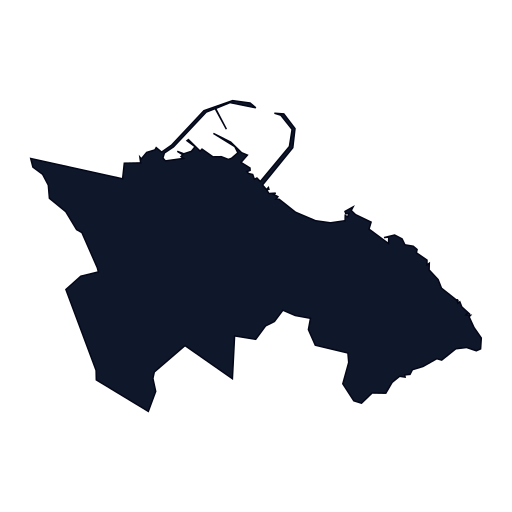 Dún Laoghaire Lea-7, Dún Laoghaire–Rathdown, Ireland (Natural Earth projection)
{"feature_id": "5873133B92378397401252", "entity_name": "Dún Laoghaire Lea-7", "entity_type": "district", "adm_level": 2, "iso_a3": "IRL", "parent_name": "Ireland", "parent_adm1": "Dún Laoghaire–Rathdown", "projection": "natural_earth1", "projection_center": [-6.126, 53.283], "detail": "fine", "context": "isolated", "style": "filled", "palette": "ink", "viewbox_px": 512, "rotation_deg": 0, "n_neighbors": 0, "source": "geoboundaries", "source_scale": "gbopen_adm2", "svg_char_len": 2099}
<svg xmlns="http://www.w3.org/2000/svg" viewBox="0 0 512 512"><path d="M148.3,411.4L155.7,391.4L152.9,378.4L154.3,372.0L185.0,345.6L232.4,378.7L234.6,335.9L255.7,339.3L265.6,325.9L274.4,321.5L282.9,310.2L295.2,315.5L310.5,318.3L308.4,329.6L315.3,345.2L347.9,353.0L348.7,362.5L342.8,383.8L353.8,400.8L361.5,403.2L372.1,393.0L385.8,393.2L392.1,382.4L399.6,376.3L405.1,377.1L404.7,374.9L410.0,374.4L412.4,369.7L423.0,366.5L436.8,358.7L441.7,360.1L455.8,348.8L466.6,347.5L476.3,350.8L480.6,348.9L481.3,338.0L474.0,327.5L469.1,316.8L470.6,315.2L466.0,314.9L468.0,313.0L469.9,314.3L461.8,306.9L459.8,301.8L457.8,303.3L457.0,300.5L441.5,288.2L438.1,279.6L429.1,269.9L429.3,263.2L427.0,264.9L427.0,260.1L416.4,252.8L417.1,249.5L413.2,246.2L404.9,244.8L402.1,238.9L394.6,235.0L384.0,237.6L388.7,237.1L388.6,243.6L369.0,229.1L371.1,222.1L355.5,214.6L351.2,210.5L353.1,206.9L345.0,211.4L345.8,213.8L349.0,213.3L347.7,216.9L345.2,215.5L345.1,220.7L330.5,222.8L315.5,220.7L295.5,212.2L279.2,199.3L275.8,199.1L277.9,196.7L273.4,194.3L275.7,193.1L268.9,193.5L266.6,189.7L268.9,189.3L268.4,187.5L266.5,189.6L262.5,185.0L292.8,147.7L295.0,128.6L283.8,113.9L274.4,113.2L280.8,115.2L292.1,129.4L289.4,146.5L260.3,181.5L256.9,178.0L254.4,179.3L252.7,174.5L248.5,173.5L247.0,171.6L250.1,170.4L250.0,168.0L241.0,162.4L247.4,155.1L241.6,152.7L230.7,142.1L213.4,133.4L234.8,146.6L237.9,152.8L231.5,158.3L228.3,159.4L221.4,156.7L212.9,156.8L202.0,149.1L200.1,151.1L188.4,139.6L187.0,140.7L195.1,146.7L191.4,151.3L183.8,153.8L177.3,151.3L182.8,154.8L181.0,156.6L183.5,158.4L165.4,160.9L162.9,158.0L164.4,153.0L173.5,146.9L206.2,112.1L215.2,108.6L226.4,129.2L215.6,108.5L230.0,102.6L255.8,107.8L250.1,103.0L232.6,100.6L203.9,110.7L171.6,145.1L161.6,152.1L156.2,147.6L154.9,149.9L146.7,152.4L141.3,158.9L139.9,157.2L140.7,162.9L124.3,163.2L122.6,178.8L30.7,158.5L32.9,167.1L42.6,174.3L48.3,185.1L49.4,198.3L65.8,211.7L76.6,229.6L81.9,232.6L97.3,267.7L98.4,271.9L80.8,276.2L65.9,289.5L96.1,370.4L96.3,379.9L148.3,411.4ZM458.3,301.5L457.5,299.8L456.5,299.8L458.3,301.5Z" fill="#0f172a" stroke="#020617" stroke-width="1.5"/></svg>